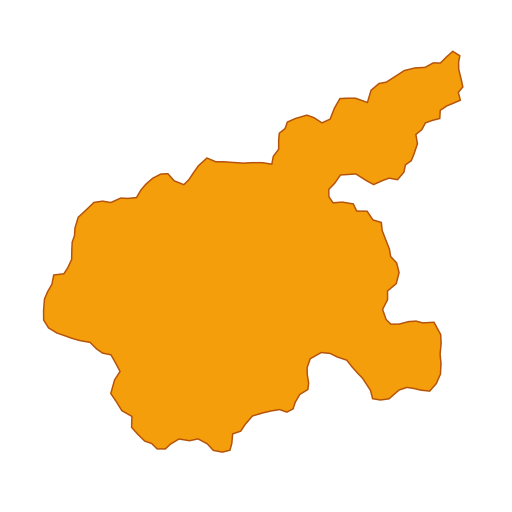 the district of Venda Nova do Imigrante, Espírito Santo, Brazil, rotated 267°
{"feature_id": "56859067B87905446855481", "entity_name": "Venda Nova do Imigrante", "entity_type": "district", "adm_level": 2, "iso_a3": "BRA", "parent_name": "Brazil", "parent_adm1": "Espírito Santo", "projection": "albers", "projection_center": [-41.134, -20.372], "detail": "fine", "context": "isolated", "style": "filled", "palette": "amber", "viewbox_px": 512, "rotation_deg": 267, "n_neighbors": 0, "source": "geoboundaries", "source_scale": "gbopen_adm2", "svg_char_len": 2417}
<svg xmlns="http://www.w3.org/2000/svg" viewBox="0 0 512 512"><g transform="rotate(267 256 256)"><path d="M195.0,45.1L189.6,53.0L186.5,60.6L183.7,67.2L180.8,75.5L178.4,85.8L171.7,91.8L167.1,97.6L164.9,106.0L157.3,109.8L147.8,114.2L139.7,108.3L126.3,103.8L117.1,109.3L108.6,113.9L102.3,123.7L91.4,122.8L84.3,128.5L77.0,135.2L74.2,142.0L68.5,147.2L68.1,155.4L72.4,160.4L77.3,169.5L75.0,180.0L76.4,188.5L71.0,197.5L64.1,203.2L61.9,212.2L63.4,219.8L70.0,222.0L79.6,223.4L81.9,231.6L88.3,236.3L96.4,244.0L98.9,254.3L100.5,263.2L101.4,271.5L98.5,278.7L101.4,285.0L108.0,287.6L115.4,292.4L120.0,300.8L126.3,301.9L134.8,301.0L141.8,301.2L150.6,304.8L156.2,316.1L154.8,325.0L150.9,331.9L147.2,341.2L140.1,346.2L133.5,351.5L128.5,355.9L122.9,359.2L115.8,363.3L107.4,365.0L105.7,372.7L106.4,381.3L114.7,391.9L116.9,399.9L115.4,406.9L113.4,413.6L112.0,422.4L119.2,429.4L128.4,434.0L138.7,435.1L148.4,434.7L159.0,436.3L167.9,436.3L180.5,430.3L180.5,418.9L182.6,412.5L182.5,405.0L180.5,395.2L180.9,387.0L185.8,382.6L196.0,379.6L205.6,385.1L214.2,385.5L221.1,394.6L231.9,398.0L241.7,396.1L248.5,390.4L255.9,389.6L265.7,386.3L275.0,383.3L282.9,382.9L286.0,374.6L294.9,369.3L295.6,358.9L302.9,355.9L305.3,345.0L305.1,335.7L311.4,331.9L318.8,332.2L324.4,338.3L332.5,344.6L332.7,360.0L325.3,370.5L321.2,377.2L324.7,386.3L326.8,393.0L324.8,401.3L332.0,408.1L339.2,410.0L343.0,416.0L349.0,418.9L359.6,423.1L369.0,422.0L373.6,428.3L380.0,432.1L382.1,438.8L383.7,446.7L391.8,447.6L396.0,454.6L398.5,461.8L400.9,468.2L408.8,466.6L414.0,471.4L422.5,470.0L431.9,468.2L439.0,468.5L445.3,470.0L450.1,463.2L444.7,456.5L439.0,450.2L439.6,443.1L435.5,434.7L435.5,424.6L433.4,413.7L427.4,403.3L422.8,395.2L421.8,387.8L415.5,379.6L403.5,375.3L408.4,363.5L408.8,355.6L408.8,348.0L399.4,342.0L388.8,337.2L385.5,328.8L391.1,321.1L394.0,314.2L391.3,302.7L388.1,294.3L381.7,291.7L377.4,285.7L370.5,284.7L361.4,284.2L354.6,278.5L346.9,276.6L348.9,267.0L349.4,257.2L349.4,248.2L350.7,237.3L351.8,228.6L352.2,220.8L356.4,212.1L349.0,203.1L342.4,197.9L335.9,193.1L331.0,187.7L335.3,178.3L342.8,172.3L342.8,165.2L339.1,157.0L333.5,149.8L328.0,144.6L320.6,139.7L320.2,131.4L320.9,123.9L317.0,113.8L318.8,105.7L318.0,97.0L311.4,89.4L304.0,80.5L293.4,76.7L285.8,75.8L279.5,73.2L273.0,72.5L262.2,71.7L253.9,67.3L248.3,63.2L247.6,53.0L238.4,50.7L231.2,46.0L224.0,42.5L212.5,41.0L203.1,40.6L195.0,45.1Z" fill="#f59e0b" stroke="#b45309" stroke-width="1.5"/></g></svg>